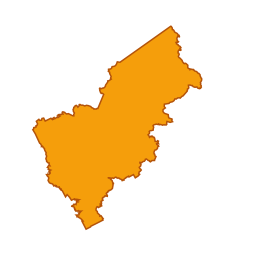 Yarra Ranges, Victoria, Australia (Mercator projection), rotated 324°
{"feature_id": "25037944B70077936823133", "entity_name": "Yarra Ranges", "entity_type": "district", "adm_level": 2, "iso_a3": "AUS", "parent_name": "Australia", "parent_adm1": "Victoria", "projection": "mercator", "projection_center": [145.617, -37.75], "detail": "fine", "context": "isolated", "style": "filled", "palette": "amber", "viewbox_px": 256, "rotation_deg": 324, "n_neighbors": 0, "source": "geoboundaries", "source_scale": "gbopen_adm2", "svg_char_len": 5762}
<svg xmlns="http://www.w3.org/2000/svg" viewBox="0 0 256 256"><g transform="rotate(324 128 128)"><path d="M223.7,84.8L223.2,84.2L223.8,83.1L223.3,81.9L223.4,80.6L222.1,77.7L222.5,76.0L222.3,75.0L221.7,74.5L222.6,73.1L222.7,71.2L222.4,70.8L160.1,70.1L158.2,68.2L156.1,69.6L154.7,70.1L153.3,70.1L151.2,69.0L149.8,70.0L148.5,70.0L146.8,69.0L146.2,69.7L146.3,70.3L145.4,70.7L145.9,72.1L145.2,73.2L144.6,76.5L143.1,77.5L143.2,78.6L140.3,78.5L139.3,78.0L138.8,78.8L134.9,80.2L134.1,81.1L131.8,81.4L131.3,80.9L129.7,80.6L128.7,79.2L128.3,79.2L127.9,79.7L127.9,80.4L127.3,80.9L126.6,83.3L126.7,84.3L127.2,84.3L127.8,85.3L128.1,86.5L115.1,94.5L114.6,94.0L113.3,94.0L112.3,92.9L111.6,92.8L111.3,91.1L110.6,90.3L110.5,88.7L109.0,86.5L107.7,85.2L106.0,84.8L104.9,83.0L103.5,82.0L103.0,80.7L102.3,80.4L101.8,81.2L99.7,81.7L99.7,79.8L99.4,79.2L98.1,79.0L97.5,79.5L96.3,79.4L95.3,80.4L94.5,80.7L93.5,82.7L93.5,84.4L92.1,85.1L91.3,86.3L90.4,85.5L88.2,81.3L86.6,80.6L86.0,79.1L86.0,78.2L84.8,76.6L84.0,76.6L83.5,78.4L83.0,77.8L82.1,77.8L79.8,76.4L78.7,76.4L80.0,78.4L77.5,78.4L77.5,77.5L74.3,77.5L74.4,76.0L72.7,76.0L72.6,77.0L71.8,76.8L71.4,74.8L65.1,73.7L65.6,70.4L64.0,69.7L62.6,70.8L61.0,69.9L61.0,68.6L57.8,68.7L57.3,71.5L55.8,72.4L54.9,72.1L54.3,73.1L53.6,72.7L52.9,72.9L52.0,72.3L50.5,73.6L50.0,73.5L49.6,78.2L47.6,88.3L48.0,89.5L47.7,91.2L47.9,91.8L47.1,92.2L48.2,93.0L47.9,94.1L48.4,95.4L47.8,96.2L47.3,98.7L47.4,99.7L46.1,101.0L45.7,102.9L43.5,104.6L42.9,106.8L42.5,107.2L42.9,109.3L43.6,109.9L42.7,111.3L42.6,112.6L41.7,111.7L39.7,112.5L40.1,112.9L40.1,113.8L39.2,114.5L40.7,116.6L39.1,116.4L39.0,116.8L38.7,116.9L39.1,117.0L39.0,117.3L38.5,117.1L38.4,117.8L38.7,117.9L38.5,118.1L38.7,118.5L38.4,118.9L36.6,119.1L36.4,118.8L36.6,118.6L36.0,118.0L35.2,118.3L34.7,117.9L34.5,119.8L34.8,120.7L34.5,121.9L32.5,123.5L32.2,126.0L32.7,127.2L33.9,128.6L34.1,129.4L33.9,131.3L35.3,131.5L35.2,132.3L36.1,132.6L35.5,133.4L36.8,134.8L37.7,135.3L37.3,135.9L37.6,136.9L37.2,136.7L37.2,137.1L37.3,138.4L37.9,138.5L37.5,139.2L38.0,140.0L37.0,147.0L39.6,146.1L40.0,149.7L39.8,153.2L43.0,153.9L42.8,154.8L43.7,154.8L44.2,155.2L44.0,155.4L44.7,155.6L46.1,157.1L45.7,157.0L45.2,157.8L44.4,156.8L44.6,156.5L43.8,156.2L43.3,156.7L43.6,158.0L43.1,157.6L41.2,159.1L41.2,158.8L39.6,158.5L39.5,157.9L38.9,158.1L38.9,158.4L36.9,158.0L36.5,158.3L37.9,160.2L37.7,161.5L37.4,161.5L37.2,162.3L37.4,162.9L36.9,163.0L37.0,164.7L38.2,165.1L38.5,165.9L39.5,165.9L39.5,166.5L41.2,167.7L40.4,167.7L40.6,167.9L39.0,168.3L38.1,167.7L38.0,168.9L37.1,169.4L34.9,168.0L35.1,169.2L34.5,169.8L35.8,171.0L35.6,171.5L36.2,172.5L36.2,173.3L36.7,174.1L36.9,176.8L36.0,176.3L34.6,185.2L39.6,186.0L40.1,185.6L53.6,187.8L53.8,186.7L54.6,186.8L54.6,183.2L53.4,182.8L54.0,182.0L53.4,178.8L54.1,177.5L53.8,175.8L54.1,175.3L55.0,174.3L56.8,173.5L57.3,174.2L57.3,174.9L59.1,175.2L59.5,174.8L59.5,175.3L60.5,175.4L60.7,174.0L61.2,174.9L61.9,173.0L62.5,173.2L63.1,171.5L65.2,171.8L65.4,170.5L65.9,170.5L66.1,169.7L66.5,169.5L69.0,169.8L69.6,169.3L71.1,171.1L71.6,170.6L71.9,168.2L72.6,167.9L73.9,168.1L74.3,167.5L76.0,167.7L76.0,167.4L77.7,168.0L79.8,167.8L82.5,165.2L82.8,164.4L83.5,164.5L83.8,164.0L83.5,163.3L84.2,161.3L84.1,160.1L83.7,159.5L83.8,158.2L83.3,157.2L82.2,156.7L82.9,156.7L84.0,157.6L84.6,158.4L84.6,158.9L85.9,159.1L86.8,160.3L88.9,160.4L89.4,160.8L89.8,162.2L91.2,163.1L91.3,164.0L92.6,166.1L92.3,167.1L92.7,167.3L93.0,166.8L94.0,167.7L94.2,167.2L96.1,167.0L96.7,167.2L97.1,166.9L100.1,167.3L100.0,168.2L105.0,168.9L104.6,172.6L108.0,172.8L110.2,172.3L109.8,171.3L111.4,170.0L112.3,170.2L114.0,169.8L114.1,168.8L113.7,167.8L114.0,166.4L115.9,166.2L117.3,164.9L117.0,163.4L117.4,162.8L118.9,164.1L120.1,163.9L121.7,164.5L122.9,164.2L123.6,163.5L124.7,163.9L125.3,166.2L126.1,167.1L125.9,167.8L126.3,168.6L128.2,168.4L130.4,169.9L131.1,169.0L131.6,169.0L133.9,167.5L133.4,166.5L134.0,165.3L134.2,164.6L133.9,164.2L134.8,162.8L136.7,161.7L138.1,162.2L139.7,161.9L140.9,160.8L141.5,160.5L142.1,160.8L142.3,160.0L141.6,158.2L141.9,157.4L142.9,157.7L143.5,158.4L143.6,157.5L144.9,156.6L144.5,155.7L143.6,156.0L142.1,154.8L143.6,151.8L143.6,150.8L143.1,150.7L143.0,149.1L142.2,149.1L142.3,148.5L142.0,148.1L139.9,148.2L140.4,146.5L140.2,145.3L142.1,145.0L142.7,144.4L143.1,143.3L144.4,143.2L145.4,143.9L147.2,144.5L147.8,143.6L149.3,142.4L149.5,140.9L150.6,140.6L153.2,141.5L154.4,142.9L154.7,142.8L155.0,143.3L155.3,143.0L155.7,144.1L156.5,144.3L157.7,146.1L158.4,146.2L160.7,148.0L161.6,147.8L162.0,146.9L163.4,145.6L165.4,148.2L167.8,149.1L167.9,147.3L168.8,146.9L168.9,146.6L167.2,144.3L167.0,143.5L168.4,140.8L166.1,137.5L165.9,135.3L167.2,133.7L170.0,133.7L169.9,132.0L171.4,130.1L175.6,132.2L177.0,131.9L179.4,132.9L181.3,132.9L183.2,132.0L184.0,132.9L185.9,132.9L187.3,133.7L187.8,134.5L190.3,134.1L191.4,134.4L197.5,133.0L197.7,132.5L198.7,132.1L199.0,131.4L200.4,131.5L201.0,130.9L202.0,128.9L203.5,129.7L204.3,131.1L205.0,131.4L205.0,132.8L206.1,134.4L207.9,135.3L207.8,136.5L208.8,138.1L209.6,138.4L209.8,138.0L210.3,138.4L211.4,138.0L211.6,137.2L212.2,136.6L212.2,135.3L213.1,134.6L213.2,133.8L215.3,132.9L216.3,131.9L216.7,131.1L216.5,130.7L217.0,128.2L217.6,127.2L217.4,125.4L216.9,125.0L216.7,122.7L215.6,121.3L215.2,119.9L215.5,119.4L215.0,118.7L214.3,118.5L213.5,117.2L212.4,117.3L212.6,116.3L211.8,115.2L212.0,114.0L213.3,112.4L212.8,109.9L212.2,109.1L211.5,109.1L211.1,108.5L211.1,106.3L211.5,105.2L211.2,102.3L210.6,100.8L210.8,99.7L212.7,98.5L213.0,97.3L212.6,96.7L213.6,95.4L215.1,94.8L216.0,96.0L216.6,96.1L216.8,95.8L216.5,94.8L216.8,94.0L218.0,94.2L218.1,92.6L217.2,90.8L217.5,90.2L216.7,88.3L217.2,87.9L217.2,87.1L218.7,88.0L219.5,87.9L219.0,86.5L219.4,86.4L219.7,85.1L220.3,84.1L222.5,82.8L222.9,83.2L222.8,84.2L223.7,84.8Z" fill="#f59e0b" stroke="#b45309" stroke-width="1.5"/></g></svg>